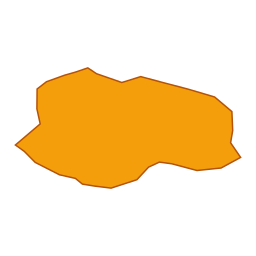 Mifi, Ouest, Cameroon
{"feature_id": "32672807B3469332008383", "entity_name": "Mifi", "entity_type": "district", "adm_level": 2, "iso_a3": "CMR", "parent_name": "Cameroon", "parent_adm1": "Ouest", "projection": "orthographic", "projection_center": [10.435, 5.537], "detail": "fine", "context": "isolated", "style": "filled", "palette": "amber", "viewbox_px": 256, "rotation_deg": 0, "n_neighbors": 0, "source": "geoboundaries", "source_scale": "gbopen_adm2", "svg_char_len": 500}
<svg xmlns="http://www.w3.org/2000/svg" viewBox="0 0 256 256"><path d="M15.4,145.0L24.2,151.3L35.2,162.4L59.5,174.8L75.4,178.4L82.4,184.1L94.7,186.1L111.1,188.1L136.9,179.7L148.6,167.1L159.4,162.1L171.9,163.8L197.0,170.5L221.1,168.0L240.6,157.4L230.6,142.8L232.7,130.5L231.9,111.6L214.6,97.0L188.6,89.3L184.9,88.3L163.1,82.6L140.7,76.6L121.8,82.5L96.5,73.7L87.8,67.9L74.8,72.3L64.6,75.2L46.5,81.7L37.1,89.0L36.9,108.8L40.2,123.9L15.4,145.0Z" fill="#f59e0b" stroke="#b45309" stroke-width="1.5"/></svg>